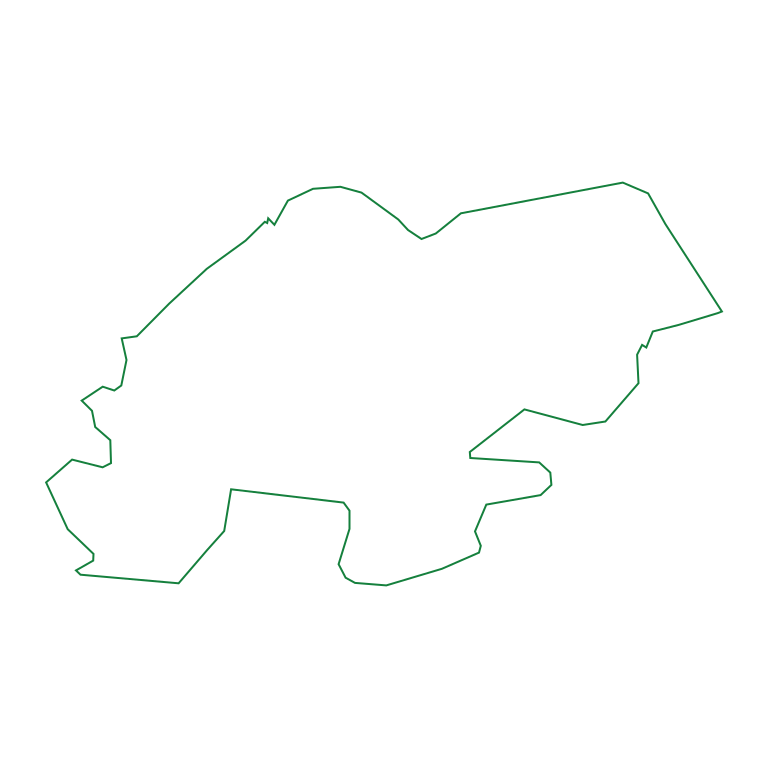 the border of North Lincolnshire
{"feature_id": "GBR-2057", "entity_name": "North Lincolnshire", "entity_type": "Unitary Authority", "adm_level": 1, "iso_a3": "GBR", "parent_name": "United Kingdom", "parent_adm1": "", "projection": "albers", "projection_center": [-0.607, 53.583], "detail": "fine", "context": "isolated", "style": "outline", "palette": "green", "viewbox_px": 768, "rotation_deg": 0, "n_neighbors": 0, "source": "natural_earth", "source_scale": "10m", "svg_char_len": 993}
<svg xmlns="http://www.w3.org/2000/svg" viewBox="0 0 768 768"><path d="M268.2,218.3L274.4,224.8L287.9,200.6L313.0,188.8L340.4,186.8L361.5,192.6L398.3,219.5L408.0,230.0L421.5,239.0L435.8,233.5L460.9,213.3L622.8,182.6L648.1,193.4L665.4,224.1L721.9,311.5L717.8,313.1L678.7,324.9L652.8,331.5L646.3,347.5L642.1,344.9L637.1,354.7L638.5,383.2L605.4,421.5L582.7,425.0L524.4,409.4L469.8,452.0L470.3,458.0L539.2,462.4L550.3,472.6L551.4,484.9L540.6,495.1L486.3,504.6L475.0,531.4L480.8,545.8L479.0,552.6L441.9,568.8L386.3,585.4L355.0,582.9L345.6,577.7L338.6,564.2L349.5,528.9L349.5,510.7L343.6,502.6L231.1,489.3L224.2,531.0L207.2,550.0L178.6,583.3L80.5,574.7L76.0,570.4L93.2,560.6L93.5,553.9L67.7,529.2L46.1,482.4L72.1,459.6L102.6,467.3L111.0,463.1L110.3,440.2L95.2,427.0L92.0,410.8L81.7,400.6L102.7,386.7L114.3,390.5L121.3,385.5L126.5,360.0L121.7,338.4L136.8,336.3L169.2,303.6L206.8,268.8L245.6,240.6L264.8,221.8L267.2,223.0L268.2,218.3L268.2,218.3Z" fill="none" stroke="#15803d" stroke-width="2"/></svg>